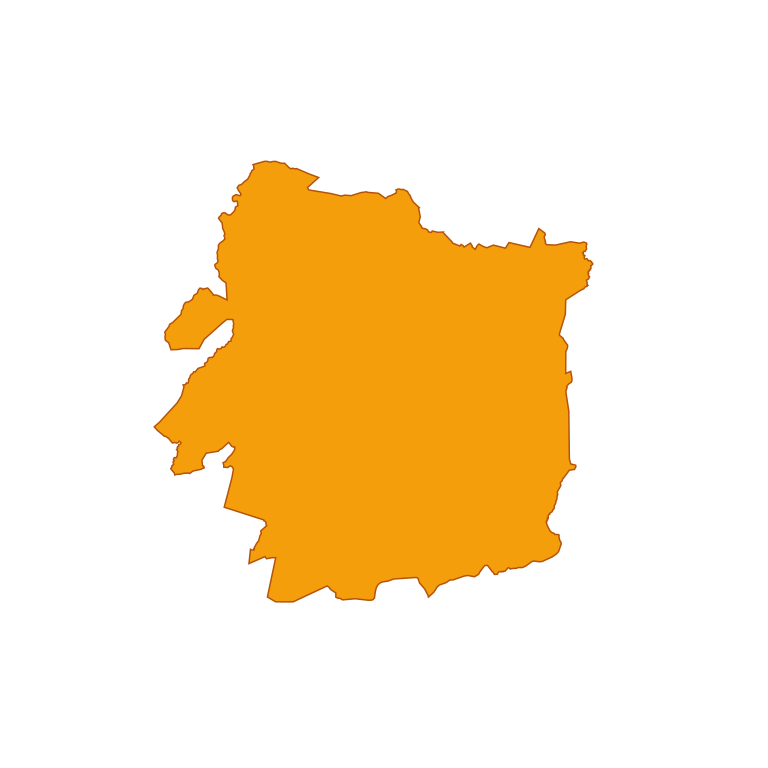 outline of Edenderry Lea-6, Offaly, Ireland, rotated 130°
{"feature_id": "5873133B48901885331675", "entity_name": "Edenderry Lea-6", "entity_type": "district", "adm_level": 2, "iso_a3": "IRL", "parent_name": "Ireland", "parent_adm1": "Offaly", "projection": "orthographic", "projection_center": [-7.208, 53.279], "detail": "fine", "context": "isolated", "style": "filled", "palette": "amber", "viewbox_px": 768, "rotation_deg": 130, "n_neighbors": 0, "source": "geoboundaries", "source_scale": "gbopen_adm2", "svg_char_len": 6171}
<svg xmlns="http://www.w3.org/2000/svg" viewBox="0 0 768 768"><g transform="rotate(130 384 384)"><path d="M221.4,489.8L222.6,494.5L223.9,495.6L224.7,497.5L226.3,499.0L227.6,499.6L228.5,498.2L229.7,497.5L234.7,499.6L237.8,501.5L240.8,501.9L241.5,510.9L247.9,520.0L247.9,520.8L252.3,524.8L260.8,530.2L264.6,535.5L267.6,537.7L271.9,546.5L283.7,566.4L282.7,568.9L267.8,566.8L271.1,576.0L275.2,589.5L276.0,589.9L277.5,592.7L278.7,593.4L279.1,594.2L279.3,596.2L278.8,602.1L281.0,604.6L283.1,610.1L285.5,612.7L287.0,613.4L288.8,617.0L290.4,618.8L300.2,625.4L300.6,624.1L303.0,621.7L305.8,622.4L306.8,621.8L308.7,621.8L309.8,621.0L315.0,620.1L319.2,621.2L321.6,621.2L323.4,621.8L325.0,622.9L328.0,622.7L329.2,620.0L330.5,615.4L332.3,615.3L334.0,619.1L337.1,620.3L338.6,620.0L340.5,618.3L340.9,616.8L340.4,615.7L338.6,614.7L338.4,613.7L341.4,610.6L343.9,611.5L346.2,610.2L347.9,609.8L352.8,610.2L354.7,611.8L355.1,615.8L355.8,616.9L357.6,617.9L359.7,617.3L362.0,617.6L363.4,617.3L364.8,611.4L368.6,607.4L370.1,604.1L371.7,602.1L373.0,602.1L375.1,599.1L378.3,599.4L381.1,600.2L384.0,600.2L386.7,597.9L390.7,596.4L392.1,594.6L395.3,592.0L396.7,589.9L398.5,589.7L401.1,590.3L402.0,589.9L403.5,587.1L403.2,584.5L404.1,582.5L406.1,580.4L407.9,579.5L408.5,574.3L408.1,570.0L420.5,558.2L422.4,566.1L423.5,569.4L425.6,572.0L424.9,573.4L423.8,580.2L424.1,581.2L425.0,581.4L426.6,583.1L428.0,583.5L427.9,585.1L428.9,586.6L431.0,586.7L434.5,585.4L438.3,586.6L442.2,585.2L446.7,586.4L448.8,588.4L450.7,588.5L453.4,587.8L455.3,586.3L457.8,586.3L461.2,584.3L472.8,585.4L476.0,586.6L478.2,585.7L485.2,585.3L486.5,583.3L488.6,582.2L491.0,579.6L490.8,575.4L494.7,569.2L490.4,564.4L485.8,560.5L475.9,548.4L465.5,550.5L441.7,547.1L435.5,545.9L431.8,541.2L434.9,537.4L436.0,537.1L437.8,535.4L440.7,534.4L442.6,531.1L446.6,530.1L447.3,530.4L449.4,528.8L451.4,530.3L454.0,529.6L455.1,530.4L456.9,529.9L458.5,530.2L459.5,531.1L459.6,531.9L461.8,531.7L463.1,532.7L463.7,534.0L464.7,534.3L467.0,533.0L469.3,533.4L471.8,532.3L474.2,532.6L474.3,533.2L476.2,534.9L477.5,535.2L479.2,534.1L481.2,533.7L483.5,534.7L485.0,533.0L485.7,532.9L491.6,536.5L496.1,536.4L496.9,537.6L499.2,537.3L500.3,537.8L501.9,537.8L504.3,536.8L505.7,536.8L507.7,535.3L509.5,534.8L510.2,536.1L511.9,535.7L513.9,537.3L514.6,535.5L522.9,531.6L531.2,530.3L557.4,531.4L564.5,532.5L565.2,527.4L565.2,518.7L564.5,517.8L564.1,514.1L565.2,508.2L563.3,506.7L562.5,504.7L561.0,504.0L559.4,504.1L559.4,501.9L560.3,501.3L562.5,502.2L563.8,501.3L564.6,501.9L565.8,501.4L566.2,500.6L567.6,500.8L568.1,498.5L569.1,498.2L571.7,496.3L574.3,495.8L574.8,497.0L575.9,497.3L577.3,496.7L577.6,495.4L579.4,495.5L580.6,493.5L583.2,493.9L583.7,493.2L586.0,492.9L587.0,487.4L588.2,485.7L587.2,485.4L583.7,481.8L580.3,479.4L579.6,478.1L578.2,477.1L577.5,475.3L573.5,474.4L567.0,469.4L563.8,467.8L562.8,469.5L563.3,470.4L559.4,474.5L551.3,475.7L542.1,467.8L540.2,467.7L537.8,466.7L528.5,465.5L529.6,460.7L529.0,458.6L528.2,458.1L529.4,456.8L531.0,456.0L536.0,455.5L540.6,456.0L545.0,455.5L547.8,456.7L549.1,454.7L550.7,453.3L548.5,450.1L545.5,449.1L545.1,447.1L545.8,444.7L553.1,440.5L581.1,427.2L565.4,388.7L566.0,388.1L565.6,387.2L565.9,385.4L567.3,384.3L568.0,382.8L575.7,384.0L577.6,381.8L580.0,381.5L584.7,379.2L587.7,379.2L593.0,378.1L593.6,377.4L594.1,377.8L594.8,377.0L596.3,378.9L596.5,380.0L608.4,372.0L592.7,364.2L593.4,361.7L589.0,358.1L586.7,355.3L622.1,336.4L620.5,327.0L609.3,313.6L575.3,297.8L575.0,295.1L575.5,294.2L575.6,291.5L575.0,286.7L578.3,283.8L577.7,281.7L576.5,279.9L576.0,277.0L567.0,268.0L559.9,257.3L557.8,254.8L556.1,253.8L554.0,253.8L548.5,257.3L544.8,259.0L541.5,259.6L538.5,259.0L536.5,257.9L532.5,254.3L527.1,251.2L512.0,235.5L511.1,234.3L511.1,232.9L513.6,228.8L514.8,221.2L517.6,214.5L518.7,213.0L511.7,212.0L505.0,212.8L502.2,212.3L496.2,208.7L492.0,207.6L489.4,205.0L479.7,199.2L476.8,196.7L473.5,190.8L469.0,189.2L466.2,189.8L458.4,190.2L456.4,188.1L458.2,180.2L458.0,179.3L458.9,177.1L456.9,174.8L454.6,175.5L453.3,174.7L452.7,173.5L451.8,173.4L451.4,172.1L450.6,172.0L449.7,171.0L445.1,170.8L444.4,170.1L444.6,168.4L442.6,166.9L440.0,164.0L438.5,163.4L435.8,160.1L432.6,158.5L424.7,156.5L423.0,155.0L420.3,150.7L418.2,148.7L408.5,144.1L403.2,142.6L400.0,142.6L392.7,145.4L391.4,146.7L390.8,148.9L388.5,151.9L387.2,152.7L387.5,154.0L389.5,156.6L389.1,158.0L389.9,159.8L389.8,162.6L387.1,168.7L385.0,171.4L384.2,171.0L383.4,171.6L382.7,171.4L381.9,172.6L381.2,171.9L379.2,173.7L377.8,173.8L377.4,173.3L376.6,174.0L373.7,173.1L371.7,173.9L371.1,173.5L369.4,173.9L367.9,175.2L364.5,176.0L363.2,177.1L361.7,177.2L358.4,179.5L357.2,179.7L355.3,181.9L348.3,183.2L346.1,185.6L343.9,185.3L341.0,186.3L340.6,186.0L330.8,186.6L327.1,183.2L324.0,183.8L323.0,185.0L325.2,189.6L322.3,193.8L286.1,224.9L272.9,239.9L269.0,241.5L268.8,242.4L265.4,242.6L262.3,241.7L260.8,242.1L258.7,243.8L254.3,249.1L259.1,251.6L242.4,265.5L238.4,266.7L236.3,268.2L234.7,274.5L233.8,276.4L233.9,280.9L232.5,282.0L214.0,289.9L202.7,298.9L186.2,293.8L182.6,292.2L180.3,292.3L178.6,291.2L177.8,291.7L177.3,291.3L177.1,292.5L175.7,293.6L174.3,295.7L172.2,294.9L169.8,295.3L169.4,297.1L168.3,298.4L167.6,298.3L167.3,299.6L166.5,299.8L165.8,299.4L164.7,299.9L163.9,299.4L163.8,299.9L162.4,299.8L160.5,301.7L160.0,301.2L157.8,301.2L157.4,302.1L157.6,302.9L157.0,303.4L157.0,305.1L157.6,306.4L158.3,306.7L157.5,309.1L159.2,310.4L159.0,311.4L157.6,312.5L156.6,312.4L156.5,313.1L157.0,314.1L155.7,315.4L155.7,316.1L155.1,315.8L153.7,316.1L153.1,315.2L150.5,315.5L148.6,317.6L146.4,318.6L145.9,319.8L146.9,322.2L150.5,324.8L155.1,332.5L167.4,342.0L172.8,349.0L172.3,351.1L171.5,351.4L168.8,355.4L167.9,356.1L166.0,356.3L165.0,357.8L165.4,365.3L185.5,360.0L195.3,379.2L201.9,378.3L207.3,389.5L213.5,392.8L215.1,397.1L215.7,401.2L217.8,401.6L222.2,400.7L222.4,404.5L221.6,405.1L220.5,408.3L227.6,410.7L227.2,412.4L227.5,414.6L229.5,414.5L232.0,422.1L231.5,422.9L229.9,436.4L229.6,436.4L233.2,440.3L235.8,445.4L237.4,445.1L238.9,447.7L237.9,449.7L238.7,452.5L239.9,454.4L239.9,455.8L239.2,456.5L238.0,461.1L232.6,463.7L227.1,470.5L226.3,470.2L225.8,478.2L224.5,482.2L222.7,485.4L222.5,487.4L221.4,489.8Z" fill="#f59e0b" stroke="#b45309" stroke-width="1.5"/></g></svg>